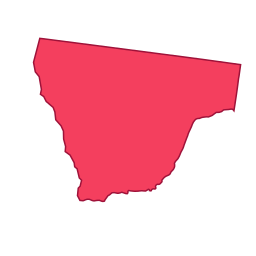 outline of Grant, Wisconsin, United States of America, rotated 278°
{"feature_id": "52423323B92892642794044", "entity_name": "Grant", "entity_type": "district", "adm_level": 2, "iso_a3": "USA", "parent_name": "United States of America", "parent_adm1": "Wisconsin", "projection": "orthographic", "projection_center": [-90.9, 42.859], "detail": "fine", "context": "isolated", "style": "filled", "palette": "rose", "viewbox_px": 256, "rotation_deg": 278, "n_neighbors": 0, "source": "geoboundaries", "source_scale": "gbopen_adm2", "svg_char_len": 2066}
<svg xmlns="http://www.w3.org/2000/svg" viewBox="0 0 256 256"><g transform="rotate(278 128 128)"><path d="M154.1,36.9L149.2,36.6L147.4,40.2L142.9,43.3L138.0,51.0L133.6,53.4L126.1,55.3L120.9,61.4L116.0,64.5L108.1,65.8L101.0,68.8L95.9,69.1L93.1,74.4L86.2,79.5L82.2,80.6L80.5,83.3L71.8,86.7L69.8,89.3L63.7,88.7L61.5,87.1L54.0,87.4L49.6,90.5L49.7,93.4L49.9,94.1L50.9,95.7L51.5,96.9L51.8,97.8L52.0,99.3L52.0,99.8L51.2,102.7L51.1,104.0L51.1,104.5L52.0,107.4L52.2,108.5L52.4,109.6L52.3,110.2L51.9,111.9L51.8,112.7L51.8,113.4L52.0,113.9L52.1,114.5L52.4,114.9L53.6,115.2L58.0,117.5L58.4,117.8L59.1,118.9L60.8,120.4L61.6,121.2L62.1,123.3L61.9,126.7L62.2,128.0L62.7,129.3L63.4,130.5L63.5,130.9L62.7,135.3L62.9,136.5L63.8,136.9L65.3,136.7L66.2,137.4L66.1,139.5L66.3,143.6L66.9,146.8L67.5,149.1L67.8,150.4L67.9,152.6L68.1,154.3L69.5,156.0L70.1,156.6L70.1,157.2L69.9,157.7L69.5,158.0L69.0,158.0L68.9,159.1L69.2,159.8L70.1,159.9L70.6,160.3L71.0,160.9L71.3,161.6L71.3,162.8L71.5,163.5L72.0,163.9L72.3,163.9L73.0,163.8L73.6,163.4L74.6,163.4L75.4,163.8L76.2,164.6L76.4,165.2L76.4,166.0L76.7,166.9L77.3,167.6L79.3,169.0L79.7,169.1L81.0,168.8L83.0,170.0L84.0,170.7L85.4,172.1L87.2,175.0L87.8,175.6L88.5,176.1L90.5,176.7L93.2,178.6L93.9,178.9L95.5,179.4L96.5,179.5L98.1,179.3L99.4,178.9L99.9,179.0L101.6,179.7L104.4,181.6L105.1,181.9L107.2,182.7L111.5,183.8L114.7,185.0L116.5,185.5L118.9,185.9L126.6,187.6L128.5,188.1L130.5,188.4L132.5,188.9L134.4,189.5L138.0,190.6L140.7,191.2L143.1,192.0L145.4,193.3L146.1,193.9L146.8,194.9L147.2,196.1L147.4,197.3L148.7,199.6L149.1,200.8L150.0,204.1L150.1,205.4L150.2,206.2L150.6,206.9L151.9,209.2L152.4,209.9L153.3,210.7L155.7,213.2L156.2,216.1L157.3,218.4L159.2,220.1L159.5,221.2L160.3,224.9L161.1,227.5L161.1,229.1L159.8,230.5L165.2,230.6L165.9,230.6L176.4,230.7L178.5,230.7L179.5,230.7L180.9,230.7L181.0,230.7L183.6,230.7L192.3,230.6L194.9,230.7L195.9,230.7L204.1,230.7L206.4,230.7L206.3,192.4L205.8,141.5L204.6,33.5L204.6,32.4L204.5,28.2L179.9,25.3L170.7,28.4L166.5,32.9L154.1,36.9Z" fill="#f43f5e" stroke="#9f1239" stroke-width="1.5"/></g></svg>